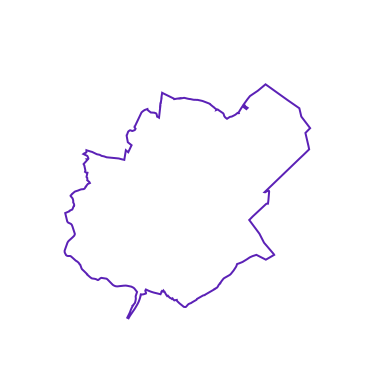 the district of Vught, Noord-Brabant, Netherlands, rotated 138°
{"feature_id": "6326949B95896723363367", "entity_name": "Vught", "entity_type": "district", "adm_level": 2, "iso_a3": "NLD", "parent_name": "Netherlands", "parent_adm1": "Noord-Brabant", "projection": "orthographic", "projection_center": [5.254, 51.651], "detail": "fine", "context": "isolated", "style": "outline", "palette": "violet", "viewbox_px": 384, "rotation_deg": 138, "n_neighbors": 0, "source": "geoboundaries", "source_scale": "gbopen_adm2", "svg_char_len": 5791}
<svg xmlns="http://www.w3.org/2000/svg" viewBox="0 0 384 384"><g transform="rotate(138 192 192)"><path d="M318.4,237.7L325.8,233.7L326.1,233.4L326.5,233.0L327.1,232.1L327.7,229.8L327.8,229.6L327.7,228.7L327.6,228.4L327.3,227.8L326.8,227.2L325.6,226.2L325.1,225.5L324.8,223.4L324.3,218.6L324.0,217.9L323.7,216.2L323.6,215.4L323.7,214.4L323.9,213.5L323.9,213.1L323.7,212.8L325.2,209.1L325.4,208.2L325.2,205.9L324.9,201.0L325.2,200.9L324.7,196.8L324.4,195.4L324.3,195.0L324.0,194.5L322.4,192.6L321.7,191.5L320.9,189.6L320.7,189.5L320.4,189.3L317.9,189.2L317.5,189.1L316.9,188.9L316.7,188.7L313.7,185.0L313.5,184.6L313.4,184.2L313.3,183.5L313.1,178.8L313.0,176.3L312.9,175.7L312.7,175.0L312.3,174.0L312.1,173.6L311.6,172.8L311.0,172.2L310.4,171.6L309.2,170.8L308.8,170.5L305.2,167.9L303.9,166.8L303.5,166.3L303.3,166.2L300.8,162.8L300.3,162.1L300.2,161.7L299.7,160.5L299.4,159.2L299.4,158.6L299.7,154.5L303.5,152.3L303.9,151.9L305.2,150.2L306.9,148.9L308.5,147.8L309.6,147.6L311.5,147.3L311.8,147.3L311.7,147.1L312.8,146.8L314.0,146.4L316.2,145.4L318.5,144.2L319.6,143.7L324.2,141.9L323.7,140.6L321.3,141.4L320.2,141.7L312.8,143.5L310.5,144.2L307.1,145.3L304.9,146.2L302.8,147.3L301.8,147.9L299.7,149.2L299.8,149.3L298.5,150.2L297.7,149.3L297.1,148.8L296.0,148.2L294.2,147.4L293.8,147.6L292.8,149.8L292.6,150.0L291.5,150.4L290.4,147.8L289.8,146.6L289.3,145.6L288.8,144.7L287.8,143.0L283.8,137.1L282.7,137.6L282.3,137.7L281.8,137.8L281.6,138.0L281.4,138.4L280.7,138.5L280.7,138.2L280.3,138.0L280.0,138.0L279.9,137.4L279.2,137.7L279.3,137.0L279.1,136.4L279.2,136.2L279.8,133.5L280.0,132.4L280.1,131.2L279.3,131.1L279.3,128.4L279.0,127.7L278.6,126.6L278.5,125.9L277.7,125.9L277.8,125.5L277.7,123.3L276.8,122.8L275.5,122.0L275.7,121.7L275.9,121.4L276.0,121.0L276.0,120.5L275.8,117.7L275.3,114.6L275.1,113.3L275.0,112.3L274.6,111.7L273.7,110.8L273.4,110.7L273.1,110.7L270.5,111.0L269.5,111.0L268.5,110.7L267.0,110.1L265.5,109.9L261.3,109.0L260.7,108.9L260.2,109.1L259.9,109.2L253.0,107.7L252.8,107.6L251.6,106.9L251.4,107.0L240.0,104.6L240.0,104.8L237.3,104.2L236.3,104.4L233.9,105.2L233.2,105.1L232.4,105.5L232.1,105.2L231.1,105.6L230.1,105.9L227.3,106.4L226.5,106.5L226.0,106.5L225.4,106.4L219.4,105.1L218.5,105.1L218.0,105.1L213.7,105.8L209.5,106.9L208.3,107.4L206.7,108.3L204.6,107.4L201.3,106.2L196.0,105.2L193.0,104.8L191.6,104.4L189.8,103.8L186.2,102.2L182.4,92.3L173.0,90.3L172.8,91.3L172.5,101.9L172.4,106.1L172.3,106.5L169.8,115.9L168.2,132.9L163.1,133.2L145.3,133.5L145.0,133.5L144.5,133.4L144.2,133.2L143.9,133.1L143.4,132.5L143.1,132.7L140.8,134.7L134.6,140.5L134.4,140.7L134.1,141.3L134.1,141.5L135.9,142.5L137.5,142.7L137.9,142.9L138.2,143.3L89.3,144.9L84.9,145.0L76.4,145.3L74.7,148.2L68.2,160.0L61.5,160.4L60.3,174.9L56.2,182.4L59.5,196.4L65.3,222.8L75.4,223.2L83.2,224.3L84.8,224.5L88.9,223.8L95.3,222.4L95.0,221.4L95.3,221.4L95.2,220.9L95.3,220.8L94.4,217.3L95.4,217.3L96.1,217.2L97.1,221.9L99.8,221.2L103.2,220.2L104.3,219.8L104.5,219.3L104.8,219.5L105.2,220.3L107.8,220.4L108.8,220.6L111.8,221.4L112.4,221.7L113.3,222.3L113.8,222.5L114.5,222.6L117.0,223.0L117.1,223.3L117.4,225.3L117.3,226.4L117.2,226.9L116.7,227.9L116.4,228.7L116.2,229.1L116.2,229.8L117.5,235.2L117.7,236.2L118.0,236.3L119.1,236.7L118.9,236.8L118.7,237.2L118.6,237.6L119.0,239.2L119.0,239.7L119.0,240.3L119.2,241.0L119.8,244.9L119.7,244.9L119.7,245.0L119.8,245.0L120.0,246.0L120.1,246.4L123.0,252.1L123.3,252.6L123.6,253.1L126.2,256.7L129.2,259.6L131.0,262.1L131.4,262.5L132.6,264.0L134.1,266.2L134.8,267.2L135.4,267.6L137.7,269.0L138.2,269.3L139.6,270.5L139.3,270.5L141.6,272.0L141.8,272.1L143.2,273.0L143.2,273.3L143.0,273.6L147.4,284.6L147.7,285.4L147.8,285.7L151.1,283.0L152.2,282.0L152.1,281.9L154.8,279.8L154.8,279.7L156.0,278.7L156.3,278.6L156.4,278.8L158.3,277.1L158.5,276.9L158.3,276.8L166.8,269.3L167.2,270.7L167.5,271.3L166.5,273.0L166.2,273.7L166.1,274.3L166.2,274.8L166.5,275.3L167.0,276.2L168.8,278.0L169.1,278.4L169.4,278.6L169.9,281.3L170.0,282.3L170.0,282.9L169.6,283.5L172.6,284.7L173.1,284.7L174.6,284.9L176.3,284.9L190.5,279.0L190.8,279.1L191.1,278.8L191.3,278.4L191.4,278.1L191.5,278.1L191.6,276.8L192.6,276.4L193.3,276.4L193.6,276.5L194.7,276.9L195.4,277.2L195.7,277.5L196.2,278.5L196.4,278.9L196.7,279.3L196.9,279.4L197.6,279.5L198.7,279.6L199.4,279.4L202.2,277.9L202.6,277.9L202.9,277.5L203.4,276.8L206.4,271.9L205.6,267.2L206.6,266.8L212.8,264.2L213.2,267.3L220.8,261.2L222.3,263.3L223.9,265.8L224.6,266.6L232.2,274.9L233.5,277.3L235.0,279.3L235.7,281.4L237.2,283.4L237.5,283.9L239.4,288.6L240.3,290.0L241.5,292.0L242.2,293.1L242.5,293.7L243.7,292.5L243.9,292.2L244.3,292.2L244.6,292.2L246.2,292.8L247.3,292.9L245.8,289.2L245.7,288.7L246.1,287.3L246.4,286.6L246.7,286.1L247.1,286.0L248.3,286.8L248.3,285.9L250.1,285.7L253.9,285.3L254.3,283.7L255.3,282.0L256.8,279.4L257.0,279.2L257.5,278.9L257.8,278.7L258.0,278.6L257.9,278.2L257.7,277.5L257.5,277.0L257.2,276.7L257.3,276.6L256.9,276.2L260.3,273.8L260.4,273.6L260.4,272.6L260.9,272.0L261.6,271.0L262.0,270.8L261.6,268.2L261.9,267.0L264.1,267.7L267.4,267.1L267.4,266.9L267.9,266.9L268.8,266.6L269.7,266.4L270.8,266.8L272.4,268.0L273.2,268.4L274.4,268.9L275.4,269.2L278.5,270.6L279.3,270.7L282.2,270.8L282.2,270.7L283.5,270.6L284.2,270.6L284.6,270.6L284.9,270.2L285.0,267.3L285.1,267.0L285.2,266.7L285.9,265.3L286.4,264.6L287.1,264.0L287.2,263.7L287.7,262.2L287.9,261.7L288.2,261.4L288.2,261.5L288.4,261.0L289.6,260.6L291.3,259.7L292.0,259.4L292.7,259.1L295.4,260.0L295.7,260.0L296.0,259.7L300.3,261.2L304.2,254.0L304.4,253.6L304.5,253.2L304.5,252.7L304.5,252.4L304.5,252.1L304.3,251.6L303.6,250.0L303.3,249.1L303.3,248.8L303.3,248.1L303.9,246.4L306.8,239.9L307.0,239.4L307.5,238.9L308.6,238.4L309.1,238.3L311.1,238.2L312.6,238.2L315.8,238.2L317.1,238.1L317.8,237.9L318.4,237.7Z" fill="none" stroke="#5b21b6" stroke-width="2"/></g></svg>